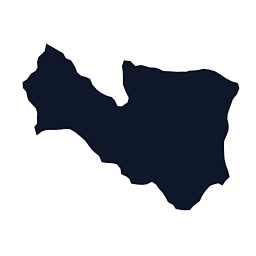 outline of Ascurra, Santa Catarina, Brazil, rotated 184°
{"feature_id": "56859067B70069484893186", "entity_name": "Ascurra", "entity_type": "district", "adm_level": 2, "iso_a3": "BRA", "parent_name": "Brazil", "parent_adm1": "Santa Catarina", "projection": "albers", "projection_center": [-49.389, -26.969], "detail": "fine", "context": "isolated", "style": "filled", "palette": "ink", "viewbox_px": 256, "rotation_deg": 184, "n_neighbors": 0, "source": "geoboundaries", "source_scale": "gbopen_adm2", "svg_char_len": 1678}
<svg xmlns="http://www.w3.org/2000/svg" viewBox="0 0 256 256"><g transform="rotate(184 128 128)"><path d="M214.8,205.4L215.7,198.6L218.3,195.5L221.5,192.3L222.6,187.6L221.7,182.1L223.3,178.2L228.1,174.8L231.5,169.0L235.5,166.1L234.9,160.9L231.3,157.5L230.3,153.3L228.7,149.2L225.5,146.1L220.7,141.7L218.8,136.7L218.8,131.8L218.1,126.1L220.7,122.5L218.3,115.5L213.9,119.3L210.1,120.9L206.1,121.4L200.0,121.8L195.3,122.5L191.3,123.4L185.7,123.6L179.7,120.6L173.8,116.4L169.0,112.6L165.6,108.4L162.4,104.8L159.2,102.0L154.4,98.7L151.4,92.8L146.5,92.4L141.5,92.6L136.4,91.9L132.0,87.2L130.8,82.0L125.8,80.2L122.3,77.6L120.5,73.5L115.2,73.0L109.6,73.0L105.2,74.0L100.3,76.9L95.6,74.2L92.4,70.1L88.3,66.3L85.0,61.8L82.4,57.5L76.9,54.9L74.3,51.3L67.3,50.6L60.9,51.1L58.1,55.1L54.9,58.0L51.9,60.7L50.1,65.5L46.7,71.5L42.5,76.7L38.5,78.5L34.1,80.0L30.1,78.2L27.7,82.5L24.0,86.4L25.9,92.0L28.6,98.1L30.3,103.9L30.9,108.1L31.5,113.6L31.8,117.8L31.9,122.2L29.7,128.2L28.3,133.1L28.5,137.5L30.3,144.0L30.3,148.8L29.3,152.9L28.0,157.5L26.1,164.2L22.1,170.1L20.5,175.1L22.0,179.7L27.8,181.0L33.9,183.6L39.5,187.0L45.8,190.1L52.2,191.3L57.0,191.5L61.9,190.0L66.1,189.2L70.3,188.8L73.8,187.4L78.1,187.2L82.6,186.7L87.0,186.7L92.2,186.7L96.8,186.5L100.8,188.1L104.8,189.3L110.8,189.2L115.6,190.3L119.6,191.0L125.2,189.4L130.6,194.2L136.2,194.4L137.6,189.4L136.4,183.8L135.8,178.2L135.4,171.4L132.4,164.7L128.6,158.4L129.4,153.3L135.4,148.4L140.4,148.3L143.6,154.0L146.6,156.9L152.1,158.2L157.7,160.5L162.6,163.8L167.0,168.1L169.8,173.7L174.2,175.3L178.6,176.0L183.2,179.5L185.8,185.1L190.0,190.8L195.4,192.6L198.3,197.3L214.8,205.4Z" fill="#0f172a" stroke="#020617" stroke-width="1.5"/></g></svg>